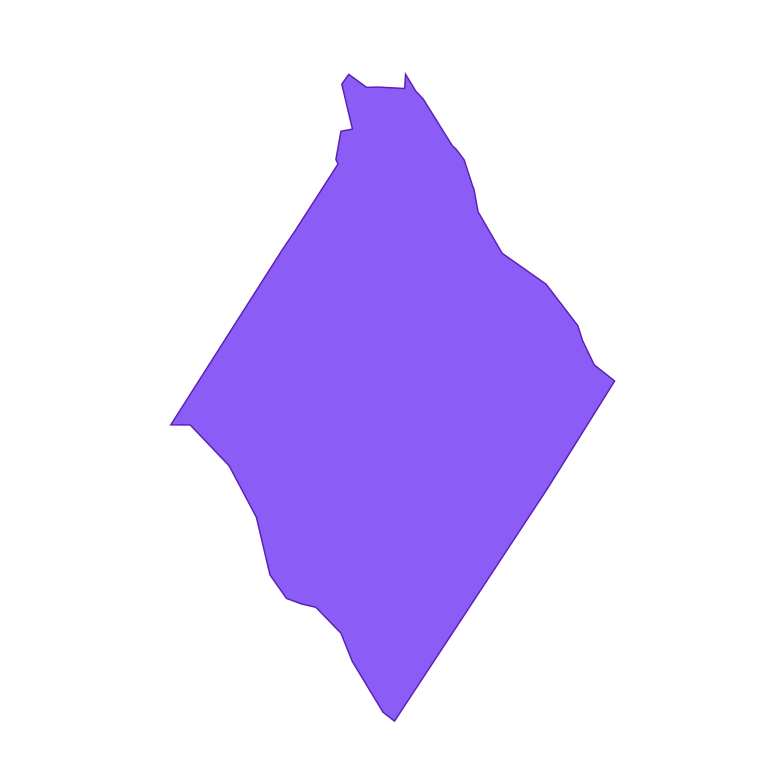 Albany, New York, United States of America, rotated 312°
{"feature_id": "52423323B67077901806593", "entity_name": "Albany", "entity_type": "district", "adm_level": 2, "iso_a3": "USA", "parent_name": "United States of America", "parent_adm1": "New York", "projection": "albers", "projection_center": [-73.917, 42.614], "detail": "fine", "context": "isolated", "style": "filled", "palette": "violet", "viewbox_px": 768, "rotation_deg": 312, "n_neighbors": 0, "source": "geoboundaries", "source_scale": "gbopen_adm2", "svg_char_len": 687}
<svg xmlns="http://www.w3.org/2000/svg" viewBox="0 0 768 768"><g transform="rotate(312 384 384)"><path d="M211.0,252.9L223.9,267.4L219.6,323.6L199.6,378.3L165.8,427.1L159.4,455.1L165.3,469.8L172.5,482.8L170.0,518.9L156.6,546.1L139.4,603.0L140.5,617.4L148.1,616.2L415.9,575.4L540.5,553.4L538.9,527.4L549.2,502.3L557.0,489.1L566.6,437.7L560.2,384.4L560.3,384.0L575.0,338.5L588.9,320.6L590.3,317.6L604.2,293.6L606.7,280.6L606.8,275.3L622.0,222.5L622.9,211.6L628.6,192.8L617.4,201.6L600.5,180.7L592.8,172.6L590.5,150.6L578.6,152.0L552.3,190.0L543.0,182.9L518.7,198.0L516.8,202.6L437.9,215.5L415.6,218.6L272.3,242.6L211.0,252.9Z" fill="#8b5cf6" stroke="#5b21b6" stroke-width="1.5"/></g></svg>